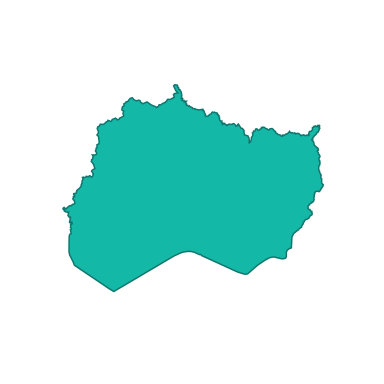 Nyamasheke, Western, Rwanda, rotated 214°
{"feature_id": "39286606B22601397790462", "entity_name": "Nyamasheke", "entity_type": "district", "adm_level": 2, "iso_a3": "RWA", "parent_name": "Rwanda", "parent_adm1": "Western", "projection": "albers", "projection_center": [29.106, -2.358], "detail": "fine", "context": "isolated", "style": "filled", "palette": "teal", "viewbox_px": 384, "rotation_deg": 214, "n_neighbors": 0, "source": "geoboundaries", "source_scale": "gbopen_adm2", "svg_char_len": 6071}
<svg xmlns="http://www.w3.org/2000/svg" viewBox="0 0 384 384"><g transform="rotate(214 192 192)"><path d="M295.0,172.0L293.1,171.2L292.2,169.9L293.3,168.3L295.3,167.0L293.9,166.5L293.7,165.3L293.2,164.9L292.9,163.6L293.3,162.7L292.7,161.9L292.7,161.1L289.2,159.9L285.6,157.1L286.9,154.5L286.9,153.1L284.0,151.9L284.0,151.2L283.3,150.5L283.2,149.1L283.6,148.0L285.7,148.4L286.2,147.8L286.4,146.7L288.4,145.9L288.2,145.2L289.2,144.0L289.6,143.6L290.4,143.6L291.0,142.8L289.7,142.1L289.2,139.5L288.1,137.8L288.0,136.2L287.3,135.5L287.3,132.3L288.2,129.5L288.2,128.2L287.4,126.5L287.5,126.0L289.1,124.6L289.1,124.2L288.6,123.6L286.9,123.2L286.9,122.2L287.7,121.7L287.0,120.9L287.1,119.9L286.2,119.2L285.4,119.3L283.7,118.2L282.7,116.8L283.1,115.8L284.3,114.8L284.2,113.2L285.6,112.5L286.5,110.4L286.9,107.5L287.3,107.3L289.4,107.7L289.8,106.5L289.5,105.8L288.7,105.7L288.3,106.3L288.3,105.7L287.7,105.6L287.4,104.9L286.1,104.8L286.1,105.2L284.2,105.4L283.2,106.3L283.1,105.5L282.1,104.7L281.7,103.1L279.7,102.5L278.8,103.2L278.2,102.8L278.2,101.5L277.5,101.3L277.2,99.5L276.5,98.3L275.8,98.3L275.9,99.0L275.6,99.3L275.1,99.1L275.2,99.6L274.6,99.8L273.8,98.9L273.7,98.1L274.3,97.6L274.4,96.9L273.8,96.5L273.0,94.7L271.7,94.3L271.4,93.2L271.7,92.7L268.9,90.1L269.7,88.4L268.8,86.2L260.7,73.9L258.4,71.5L251.6,67.7L248.5,65.5L206.9,65.5L201.2,65.8L171.2,128.8L167.9,134.3L165.7,137.3L162.4,140.3L159.6,142.1L156.6,143.3L150.7,144.3L150.1,145.0L148.3,144.7L146.0,145.1L109.7,151.1L103.5,152.9L101.5,153.9L100.1,155.2L96.7,168.0L93.1,176.9L90.8,181.1L87.9,183.9L80.0,186.9L77.8,188.8L77.4,189.9L77.7,191.3L80.1,194.9L80.5,196.9L79.6,199.7L78.1,201.2L78.3,201.1L83.9,210.4L84.5,214.3L83.0,219.5L82.4,220.3L82.6,221.5L81.5,224.1L82.1,225.4L82.0,227.7L82.6,228.8L82.3,230.3L82.7,231.2L82.5,232.3L81.1,234.3L80.5,235.8L80.7,238.0L79.8,240.3L80.3,241.4L81.1,241.8L81.7,242.9L83.1,242.7L84.4,243.4L85.5,242.9L86.7,243.1L86.9,243.9L87.7,244.7L88.0,245.8L87.4,247.1L87.8,247.6L86.8,249.9L87.1,250.2L86.2,250.9L86.4,251.4L86.1,252.7L86.7,254.3L87.3,254.5L88.4,257.2L89.2,258.0L89.2,259.1L89.9,260.1L89.7,261.4L89.0,262.3L88.0,263.2L87.1,263.2L86.6,263.7L86.6,266.6L87.0,267.3L86.7,267.8L86.7,270.2L87.1,270.4L87.3,271.5L88.7,271.6L89.8,272.3L91.8,275.4L93.6,276.0L94.0,277.6L94.5,277.8L94.6,278.4L97.4,279.7L97.9,280.7L98.7,280.8L99.4,281.3L101.3,284.2L101.1,285.5L101.5,286.1L101.7,287.0L102.3,287.4L102.5,288.3L103.1,288.5L103.5,289.3L104.2,289.3L105.1,290.2L105.7,291.5L105.6,292.6L105.9,293.2L107.3,294.1L108.4,294.2L109.2,295.2L110.9,295.9L111.2,296.4L110.6,297.3L111.3,298.3L112.8,298.9L113.3,298.5L114.6,299.0L116.7,299.1L119.3,301.6L121.5,302.0L121.2,302.6L121.8,302.5L122.1,303.0L121.9,304.4L122.3,304.8L121.9,305.7L122.0,307.1L121.3,309.0L121.8,310.7L121.0,311.6L121.3,312.2L121.0,312.7L121.3,314.5L121.7,314.8L121.6,315.9L122.2,316.1L122.0,316.5L122.6,316.8L122.6,317.1L123.2,317.3L123.2,318.3L123.7,318.5L124.2,318.0L124.0,317.1L124.9,317.3L124.8,316.1L126.5,315.9L126.7,314.9L127.2,315.0L127.7,314.5L127.6,313.7L128.1,312.6L127.0,311.1L127.0,309.9L127.1,309.2L128.3,308.1L128.4,307.2L128.0,306.9L128.1,306.2L127.4,304.9L127.0,304.9L126.9,304.2L127.7,304.2L127.7,303.5L128.7,303.3L129.7,301.9L131.3,301.9L131.7,301.1L132.6,300.8L133.0,299.6L135.8,300.2L137.2,299.8L138.7,298.0L139.4,298.5L140.0,298.4L141.0,297.2L142.1,297.2L143.4,296.3L144.9,296.7L144.6,296.0L145.3,295.5L145.3,293.8L146.6,292.5L147.1,290.8L148.8,289.8L148.1,289.0L149.1,288.2L150.6,288.6L153.2,287.7L154.0,288.1L155.6,287.9L156.7,288.9L157.8,288.6L159.4,289.3L161.1,289.4L162.7,288.0L162.8,286.7L163.8,286.1L165.0,286.3L166.8,285.8L168.0,286.1L169.8,285.2L169.9,284.1L170.3,284.1L169.9,283.5L170.9,281.7L171.2,280.4L172.7,280.2L173.1,280.6L174.2,280.3L174.4,279.5L173.9,278.0L174.4,277.1L175.0,276.9L174.6,276.2L174.9,274.6L174.0,274.2L173.2,272.9L173.2,270.3L172.2,268.7L171.6,266.8L172.1,264.1L172.8,266.2L174.9,268.5L177.1,269.8L180.1,268.7L182.5,270.7L183.3,272.2L184.4,272.3L185.6,272.9L187.1,272.3L191.6,274.3L191.8,273.8L191.4,272.4L191.9,272.2L192.4,271.1L193.3,271.8L195.6,272.1L196.4,271.2L196.7,270.3L199.1,269.1L199.7,268.3L199.8,267.4L200.5,267.2L200.4,266.6L201.9,266.6L202.3,266.9L202.6,266.7L203.6,267.1L204.2,266.7L204.0,266.1L204.2,265.5L204.5,266.0L205.3,265.4L205.7,266.4L206.5,266.6L207.0,267.5L207.6,266.6L209.7,267.5L211.1,269.4L211.5,269.3L212.2,269.9L212.4,270.4L213.0,270.2L213.7,270.8L214.7,270.7L215.0,271.4L215.6,271.5L216.5,270.9L218.1,270.7L218.4,270.0L219.5,269.9L220.0,269.1L219.8,267.9L221.0,265.2L220.8,264.4L222.5,262.6L223.7,262.7L224.1,263.8L226.4,264.9L227.2,265.9L228.4,265.7L228.6,266.2L229.0,266.0L229.4,266.5L229.8,265.7L230.3,265.7L231.9,264.1L234.9,262.7L235.8,262.8L238.0,261.6L239.0,262.1L241.7,261.6L242.3,261.9L242.7,261.1L243.9,261.4L244.9,260.8L245.7,261.9L246.3,261.6L246.8,262.4L247.6,262.5L247.4,264.1L248.7,263.3L249.1,262.5L249.8,263.4L251.6,262.4L251.9,264.1L253.2,263.6L253.1,264.6L254.1,265.3L254.6,266.6L257.5,269.3L258.3,269.4L259.3,270.1L260.5,269.7L261.5,271.0L262.5,270.9L263.3,272.0L263.9,272.4L264.4,272.2L266.3,271.2L266.6,269.7L262.2,267.0L259.1,266.4L261.4,264.0L261.9,262.5L259.7,260.6L261.5,257.1L262.6,255.9L263.8,255.5L264.1,254.6L263.9,252.7L264.4,252.0L264.3,251.2L265.7,249.3L266.7,246.6L268.0,246.0L267.8,243.9L268.4,243.1L268.5,242.3L270.2,242.3L274.5,241.4L279.7,241.5L282.1,237.7L284.6,237.7L286.2,238.7L287.7,238.2L288.8,236.7L290.7,236.1L292.4,236.1L293.3,236.6L294.3,236.7L295.4,235.3L295.8,234.0L295.8,231.1L297.1,230.0L297.4,230.3L296.7,229.3L297.8,227.0L296.5,225.3L297.3,223.9L297.2,223.2L296.6,222.9L296.5,221.4L295.7,220.7L293.9,220.9L293.1,218.4L291.4,217.2L291.2,216.5L293.3,212.7L293.1,211.6L293.9,210.3L294.6,209.9L295.2,210.4L296.7,210.5L298.7,207.5L298.4,206.1L298.6,205.2L301.8,204.4L301.5,203.6L302.5,201.6L302.7,199.7L303.5,198.4L306.0,196.8L305.7,194.6L306.6,193.3L306.0,191.5L304.0,190.3L302.9,189.1L302.6,188.0L302.7,186.3L302.3,185.9L301.2,186.0L300.5,185.6L296.6,181.2L296.3,179.4L297.2,178.0L295.7,175.9L296.0,174.8L295.4,173.8L295.0,172.0Z" fill="#14b8a6" stroke="#0f766e" stroke-width="1.5"/></g></svg>